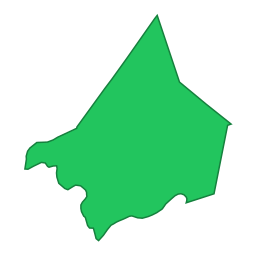 M'Bagne, Brakna, Mauritania (orthographic projection)
{"feature_id": "47542326B91967865285968", "entity_name": "M'Bagne", "entity_type": "district", "adm_level": 2, "iso_a3": "MRT", "parent_name": "Mauritania", "parent_adm1": "Brakna", "projection": "orthographic", "projection_center": [-13.836, 16.289], "detail": "fine", "context": "isolated", "style": "filled", "palette": "green", "viewbox_px": 256, "rotation_deg": 0, "n_neighbors": 0, "source": "geoboundaries", "source_scale": "gbopen_adm2", "svg_char_len": 1099}
<svg xmlns="http://www.w3.org/2000/svg" viewBox="0 0 256 256"><path d="M157.2,15.4L154.7,18.6L126.5,58.8L111.7,79.4L104.9,88.4L76.9,127.0L76.7,128.3L57.9,137.1L53.0,140.0L47.4,142.1L36.8,142.5L30.0,147.9L27.6,151.2L26.2,156.2L26.4,159.2L24.9,169.0L28.0,169.2L33.7,166.1L41.4,162.4L45.3,163.0L47.6,166.4L49.0,167.2L53.2,166.0L56.6,165.8L57.1,168.5L56.5,172.9L56.9,177.1L58.8,183.3L64.8,188.5L67.9,189.7L73.2,186.4L75.6,185.1L80.6,185.8L83.4,188.1L85.6,190.1L86.6,192.5L86.6,194.3L86.9,196.5L85.3,198.9L82.4,202.2L80.9,205.0L80.9,208.5L81.5,211.6L83.7,216.1L85.3,217.4L87.6,225.5L89.5,228.0L93.4,228.2L95.1,234.6L96.1,238.6L98.6,240.6L103.4,235.3L107.4,229.6L111.0,225.2L113.5,223.9L116.4,222.1L119.2,220.8L123.1,219.2L124.9,218.4L129.3,216.3L131.0,216.0L132.2,216.0L137.6,217.8L142.4,218.2L148.1,216.6L152.1,215.0L156.7,212.7L162.3,208.9L165.8,203.9L167.8,202.1L171.9,198.4L174.9,195.8L178.1,194.1L181.0,193.7L184.0,194.8L186.1,196.9L186.9,198.7L186.7,201.0L186.2,202.8L214.0,193.8L227.6,125.3L231.1,124.1L205.8,103.9L179.5,82.1L157.2,15.4Z" fill="#22c55e" stroke="#15803d" stroke-width="1.5"/></svg>